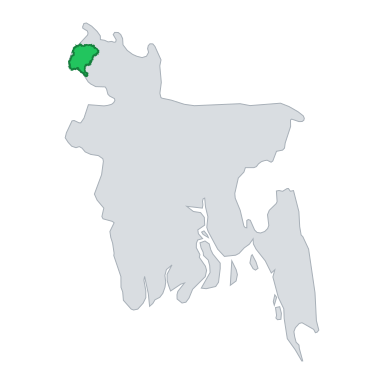 location of Thakurgaon, Rangpur, Bangladesh
{"feature_id": "16705992B44482388014877", "entity_name": "Thakurgaon", "entity_type": "district", "adm_level": 2, "iso_a3": "BGD", "parent_name": "Bangladesh", "parent_adm1": "Rangpur", "projection": "albers", "projection_center": [88.472, 25.936], "detail": "fine", "context": "in_parent", "style": "filled", "palette": "green", "viewbox_px": 384, "rotation_deg": 0, "n_neighbors": 0, "source": "geoboundaries", "source_scale": "gbopen_adm2", "svg_char_len": 8198}
<svg xmlns="http://www.w3.org/2000/svg" viewBox="0 0 384 384"><path d="M121.0,287.3L120.9,276.6L113.8,255.6L114.1,253.2L112.6,243.1L110.8,237.5L109.9,231.5L114.1,222.8L112.4,221.4L103.0,218.8L101.9,216.6L103.8,208.1L97.1,200.1L94.4,194.1L101.6,174.7L103.4,161.2L102.8,158.7L98.4,155.6L90.7,154.4L85.2,151.9L82.0,148.1L79.3,146.6L76.0,147.7L71.7,146.2L68.2,142.4L65.2,137.8L66.4,132.8L72.0,120.9L74.1,120.5L79.0,122.8L80.8,122.8L84.0,118.1L88.4,104.7L104.0,105.9L107.7,105.4L111.6,104.3L113.7,102.6L114.9,100.5L114.5,98.6L109.7,96.1L107.9,94.2L106.5,88.9L105.1,86.9L95.7,86.6L90.9,84.1L88.2,81.9L83.5,74.6L77.6,69.2L72.0,67.9L69.8,66.2L68.7,63.4L69.4,59.3L72.2,51.6L87.6,35.0L88.0,33.1L87.4,31.0L82.9,28.3L82.6,27.0L83.9,23.5L86.4,23.0L91.7,26.2L97.1,31.4L100.3,35.9L100.4,39.6L104.6,40.3L108.1,41.9L111.7,41.4L114.1,42.3L115.7,41.9L116.2,39.8L113.2,34.6L114.7,32.4L118.2,32.5L120.7,34.5L122.6,38.5L123.0,44.8L127.2,50.4L132.6,54.4L136.9,56.3L142.1,57.6L146.5,56.2L148.6,52.3L147.6,48.7L148.3,45.6L150.0,43.8L152.8,43.9L154.9,46.4L161.0,59.9L159.8,65.9L161.3,82.4L159.9,93.3L160.9,97.5L162.0,98.2L171.1,100.1L184.3,104.3L194.4,105.7L240.1,103.7L250.1,105.6L280.5,103.2L288.9,106.5L298.1,111.8L303.3,115.9L304.3,118.3L303.8,120.3L302.1,121.5L299.0,121.6L291.7,119.1L290.5,120.0L290.6,126.5L285.2,143.0L284.5,148.1L282.6,150.1L276.5,151.3L272.8,161.0L271.1,162.2L267.1,160.2L264.6,160.6L261.5,161.6L258.5,163.8L256.4,166.6L254.0,167.6L245.4,167.6L243.9,172.1L238.3,178.0L234.8,193.4L235.2,198.1L240.2,210.3L243.9,226.1L245.2,227.6L246.8,227.8L246.8,220.5L248.3,219.5L250.3,220.3L254.6,230.0L257.0,232.4L260.6,233.0L264.7,231.5L267.7,228.5L268.8,225.4L267.5,214.7L269.3,210.3L276.2,203.6L277.1,201.6L276.4,191.0L279.0,190.5L282.6,191.3L287.0,188.6L288.4,188.5L290.3,191.2L293.5,190.6L298.9,211.7L299.7,226.7L301.1,234.9L302.9,236.8L308.6,249.1L315.0,292.8L316.4,320.7L318.8,330.1L317.1,332.2L315.4,332.7L313.7,329.4L302.0,322.7L299.2,323.5L295.4,327.7L293.9,331.6L294.7,336.9L296.1,342.2L299.0,345.1L299.3,348.4L302.7,360.9L301.8,361.0L295.2,349.7L287.3,338.7L284.2,318.7L283.8,308.8L278.3,297.3L272.9,277.0L274.8,269.8L271.3,273.0L265.3,260.9L256.1,249.2L253.4,244.0L253.1,238.8L249.4,244.1L244.3,247.8L239.1,253.4L235.6,255.2L224.4,256.4L217.7,249.2L208.1,231.4L206.8,227.4L207.9,216.8L205.5,206.9L204.7,198.1L203.1,198.9L202.5,201.3L202.9,205.0L202.3,208.1L186.7,206.3L193.4,211.5L200.6,212.6L204.3,217.3L204.7,225.1L197.8,229.9L198.4,233.8L202.6,238.6L197.7,240.0L196.4,243.2L196.3,247.7L199.9,254.6L199.3,257.3L205.4,266.2L206.6,270.5L205.2,276.7L192.6,289.3L189.0,298.1L185.9,302.2L182.0,303.0L177.1,299.0L177.0,294.7L177.9,291.3L184.5,283.0L180.9,284.1L170.6,291.0L168.6,285.6L167.2,280.5L167.1,274.3L172.0,264.9L166.4,269.6L164.9,275.4L165.7,282.2L165.0,287.1L162.8,293.4L159.8,297.3L155.0,299.8L152.8,303.5L149.6,306.3L148.3,293.6L144.6,276.4L143.9,280.1L145.8,290.8L145.8,297.7L143.1,303.2L137.8,309.1L133.6,310.0L131.2,309.1L123.4,300.3L122.7,291.9L121.0,287.3ZM215.7,286.5L206.2,288.7L201.3,288.1L210.1,272.5L209.7,265.6L208.2,260.0L203.5,255.5L203.2,252.3L201.1,247.9L200.0,242.8L205.0,241.0L209.2,243.9L210.8,249.8L212.9,254.1L220.2,263.1L220.2,268.6L218.5,282.3L215.7,286.5ZM236.1,281.0L230.3,285.3L231.8,260.8L236.2,269.8L237.4,274.6L236.1,281.0ZM258.0,268.3L255.5,270.1L253.1,268.7L249.9,263.0L251.3,255.7L252.2,254.7L256.0,262.0L258.0,268.3ZM280.9,319.3L277.5,319.7L275.9,318.0L276.6,315.5L275.5,307.6L279.7,306.7L281.4,313.3L280.9,319.3ZM276.6,297.3L274.3,305.2L273.3,301.7L274.8,294.8L276.6,297.3ZM207.4,235.1L208.4,237.6L203.1,234.4L201.6,232.1L204.0,230.9L207.4,235.1Z" fill="#d9dde1" stroke="#a8b0b8" stroke-width="1"/><path d="M97.5,53.5L97.6,53.2L97.9,53.0L97.8,52.8L98.1,52.6L97.9,52.5L98.1,52.4L98.0,52.1L98.3,52.1L98.4,51.9L98.4,52.0L98.5,51.8L98.5,51.3L98.3,51.4L98.2,50.7L97.9,50.6L98.1,50.4L97.8,50.3L97.7,49.9L97.5,49.6L97.2,49.3L97.2,49.1L96.0,48.3L95.4,48.3L95.3,48.5L95.3,47.9L95.1,48.0L94.9,47.8L94.6,48.0L94.4,47.4L94.3,47.5L94.2,47.1L93.9,47.0L93.9,46.7L94.1,46.6L94.1,46.4L93.9,46.6L93.7,46.2L93.3,46.3L93.1,46.1L93.3,45.9L93.3,45.6L92.7,45.9L92.7,46.2L92.4,46.0L92.2,46.2L91.9,46.1L91.8,45.6L91.8,45.4L91.6,44.9L91.4,45.1L91.4,44.9L91.2,45.0L91.1,44.9L90.9,44.9L89.9,44.9L89.6,44.8L89.1,44.9L89.3,45.1L89.0,45.1L89.0,45.3L88.6,45.4L88.6,45.2L88.2,45.1L87.5,45.0L87.2,45.2L87.3,45.1L87.1,45.0L87.1,44.9L86.6,44.9L86.3,44.7L85.9,44.8L86.1,44.9L86.0,45.0L86.3,45.1L85.7,45.3L85.5,45.0L84.7,44.9L84.7,45.4L84.8,45.5L84.7,46.0L84.2,45.9L83.9,46.2L83.5,46.0L83.2,46.1L82.9,46.0L82.7,45.7L82.3,45.7L81.8,45.9L81.9,45.5L81.7,45.4L81.7,45.1L81.3,44.7L81.2,44.8L81.1,44.7L80.6,44.7L80.4,45.0L80.2,44.9L80.1,45.1L79.7,45.1L79.7,44.8L79.5,45.1L79.4,45.0L79.2,45.2L79.3,45.3L79.0,45.3L78.9,45.6L78.5,45.8L78.2,45.6L78.0,45.8L77.9,45.6L77.7,45.7L77.7,45.8L77.5,45.6L77.3,45.6L77.2,45.6L77.1,45.8L76.8,46.0L76.6,45.9L76.8,46.3L76.6,46.4L76.6,46.6L76.2,46.6L76.3,46.8L76.1,46.8L75.9,47.0L75.7,46.7L75.5,46.8L75.7,47.0L75.1,47.4L74.9,47.4L74.8,47.1L74.6,47.1L74.6,47.3L74.4,47.5L74.6,47.6L74.6,47.8L74.3,47.6L73.6,48.0L73.6,48.4L73.8,48.5L73.5,49.3L73.7,49.6L73.4,49.7L73.4,50.2L73.0,50.3L72.8,50.5L72.9,50.8L72.6,51.2L72.8,51.5L73.0,51.5L72.9,51.7L72.7,51.8L72.6,52.0L73.1,51.9L73.4,52.3L73.9,52.5L73.9,52.8L74.1,53.0L73.8,53.3L73.6,53.2L73.6,53.3L73.7,54.0L73.3,53.9L73.2,54.1L73.5,54.4L73.3,54.6L73.4,54.9L73.9,55.0L73.7,55.4L73.0,55.5L72.7,55.7L72.4,55.6L72.2,55.7L72.0,55.9L71.6,56.0L71.9,56.4L71.8,56.7L71.7,56.9L71.4,56.7L71.4,56.9L71.1,56.9L71.0,58.1L70.7,58.3L70.6,58.6L70.8,58.7L70.5,59.0L70.3,59.0L70.3,59.3L70.7,59.8L70.4,60.1L70.2,60.1L70.1,60.7L69.6,60.6L69.2,60.8L68.8,61.7L68.9,61.9L69.0,61.8L69.2,62.0L69.0,62.3L69.0,62.9L69.5,63.0L69.7,63.3L69.3,63.8L69.2,64.2L69.3,64.4L69.5,64.3L69.6,64.5L69.5,64.8L69.8,64.5L70.0,64.5L70.1,64.8L70.0,65.0L70.2,65.4L70.0,65.8L69.6,66.0L69.9,66.1L69.9,66.3L69.9,66.6L69.5,66.9L69.8,67.0L69.9,67.3L70.1,67.3L69.9,67.7L70.3,67.7L70.6,67.8L70.3,68.7L70.8,68.8L71.1,68.7L71.8,69.0L71.9,69.3L71.7,69.8L72.1,69.7L72.0,70.0L72.3,70.0L72.6,69.6L72.6,69.3L72.9,69.2L73.3,69.4L73.5,69.0L73.8,69.0L73.7,68.8L73.8,68.8L73.8,68.6L74.5,68.5L74.8,68.9L74.8,69.2L75.3,69.3L75.3,69.1L75.4,68.9L75.4,69.0L75.5,69.0L75.5,68.9L75.4,68.8L75.6,68.7L76.0,68.7L76.3,68.8L76.5,68.7L76.4,68.4L76.7,68.1L77.2,68.0L77.3,68.2L77.4,67.8L77.9,67.9L78.0,67.8L78.5,68.1L78.6,68.3L78.6,69.1L78.5,69.5L78.3,69.6L79.0,70.1L79.6,70.1L79.5,70.5L80.1,70.7L80.1,70.9L81.0,71.4L80.9,71.8L81.2,71.8L81.1,72.0L81.2,72.3L81.4,72.3L81.6,72.1L82.1,72.3L82.3,72.4L82.5,72.8L83.2,72.8L83.1,73.2L83.9,73.6L84.0,73.5L84.1,73.8L83.8,74.0L83.9,74.7L84.5,74.7L84.6,74.8L85.0,74.9L84.9,75.2L84.9,75.4L85.6,75.4L85.7,75.5L85.5,76.1L86.4,76.4L86.5,76.3L86.9,76.3L87.1,76.0L86.8,75.8L87.1,75.5L86.9,75.2L87.1,75.1L87.2,75.3L87.5,75.2L87.4,75.0L87.2,74.7L87.2,74.3L87.4,74.1L87.1,73.9L86.9,74.1L86.7,73.6L87.1,73.6L87.3,73.4L86.8,73.3L86.7,73.0L86.9,72.8L86.6,72.6L86.4,72.8L86.2,72.3L86.2,72.5L85.9,72.6L86.0,72.8L85.7,72.8L85.5,72.7L85.4,72.4L85.5,72.3L85.2,72.2L85.1,71.6L84.8,71.3L85.0,71.0L84.7,70.8L84.8,70.5L84.6,70.2L84.8,70.0L84.8,69.7L84.6,69.3L84.5,69.0L84.9,68.4L84.7,68.4L84.7,68.1L85.0,67.9L84.7,67.3L84.8,66.9L84.7,66.6L84.7,66.3L85.4,66.1L85.7,65.2L85.6,64.8L85.9,64.6L86.1,64.7L86.1,64.9L86.3,64.9L86.6,65.3L86.8,65.0L86.4,64.5L86.6,64.4L86.9,64.4L87.1,64.7L87.3,64.7L87.3,64.4L87.7,64.4L87.8,64.9L88.2,65.0L88.3,65.2L88.7,64.9L88.7,64.3L88.9,64.3L88.9,64.6L89.1,64.9L89.7,64.9L89.7,64.7L89.9,64.7L90.0,64.5L89.8,63.8L90.0,63.8L89.9,63.7L90.0,63.6L89.9,63.6L89.4,63.4L89.6,63.2L89.8,63.4L89.6,63.0L89.7,62.5L90.5,62.3L90.9,62.4L90.9,62.1L91.2,62.0L91.2,61.7L90.9,61.9L90.9,61.3L90.7,61.2L90.7,61.3L90.5,61.2L90.8,61.1L91.1,61.2L91.0,61.3L91.2,61.6L91.3,61.4L91.2,61.2L91.3,61.2L91.1,60.8L91.3,60.6L91.4,60.3L91.7,60.2L91.9,59.8L92.0,59.7L92.7,59.6L92.8,58.9L92.5,58.6L92.3,58.1L92.4,57.3L92.9,57.1L92.9,56.9L93.2,56.9L93.0,56.3L93.2,56.0L93.2,55.7L93.6,55.7L93.6,55.4L93.6,55.6L93.8,55.4L94.2,55.4L93.8,55.3L93.7,55.2L93.8,55.1L94.3,55.3L94.4,55.2L94.4,55.3L94.6,55.6L95.5,55.6L95.8,55.4L95.7,55.2L95.9,55.0L96.5,54.7L96.4,54.4L96.5,54.0L96.4,53.8L96.5,53.8L96.8,53.3L97.1,53.4L96.9,53.1L97.1,53.3L97.5,53.5Z" fill="#22c55e" stroke="#15803d" stroke-width="1.5"/></svg>